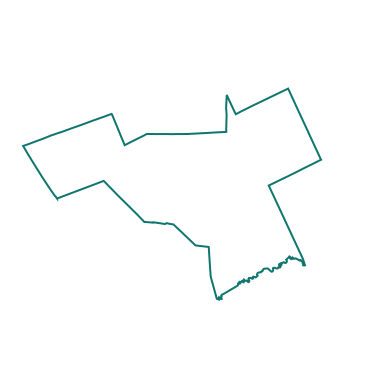 Urzicuta, Dolj, Romania, rotated 64°
{"feature_id": "2599482B75769087144528", "entity_name": "Urzicuta", "entity_type": "district", "adm_level": 2, "iso_a3": "ROU", "parent_name": "Romania", "parent_adm1": "Dolj", "projection": "orthographic", "projection_center": [23.579, 44.001], "detail": "fine", "context": "isolated", "style": "outline", "palette": "teal", "viewbox_px": 384, "rotation_deg": 64, "n_neighbors": 0, "source": "geoboundaries", "source_scale": "gbopen_adm2", "svg_char_len": 5328}
<svg xmlns="http://www.w3.org/2000/svg" viewBox="0 0 384 384"><g transform="rotate(64 192 192)"><path d="M135.5,316.9L136.0,316.6L138.9,316.1L138.7,316.0L141.0,291.4L141.6,285.2L143.3,266.5L163.5,259.8L188.0,251.2L197.3,248.2L198.1,248.0L198.4,247.2L202.5,240.4L202.2,240.1L209.0,230.2L208.9,228.4L211.1,225.7L213.0,222.9L241.1,212.4L241.5,212.3L244.0,208.5L248.7,201.1L248.9,201.1L259.8,205.6L267.1,208.6L276.3,212.3L298.8,216.5L298.9,216.3L299.0,216.2L299.3,216.0L299.5,215.9L300.2,215.3L300.3,215.0L300.4,214.9L300.2,214.8L300.1,214.7L299.9,214.7L299.6,214.9L299.3,215.0L299.2,215.0L298.7,214.0L298.5,213.9L298.7,213.6L299.0,213.6L299.6,213.6L299.8,213.6L300.5,213.3L300.6,213.2L300.9,212.8L301.1,212.2L300.8,212.1L300.7,212.1L300.0,212.7L299.8,212.4L299.4,211.8L299.2,211.6L298.9,211.1L298.6,211.1L298.4,211.1L298.1,211.3L297.9,211.2L297.7,210.7L297.5,210.1L297.4,210.0L297.4,209.9L297.4,209.6L297.5,209.5L297.5,209.3L297.5,208.9L296.4,195.2L296.3,194.1L296.2,192.0L295.5,191.2L294.7,191.0L294.4,190.8L294.4,190.6L294.4,190.3L294.4,190.0L294.9,189.6L295.3,189.3L295.2,188.8L294.6,188.9L294.2,189.1L293.8,189.0L293.6,188.8L293.5,188.7L294.0,188.1L294.3,187.9L294.5,187.8L294.4,187.3L294.3,186.9L294.0,186.6L293.9,186.5L293.9,186.2L294.0,186.0L294.7,185.8L295.1,185.7L295.7,185.4L295.8,185.3L295.6,185.1L295.5,184.8L295.4,184.6L295.2,184.5L294.9,184.5L294.3,184.5L293.9,184.5L293.6,184.3L293.3,184.0L293.2,183.8L293.3,183.7L293.9,183.6L294.7,183.4L295.1,183.2L295.3,182.5L295.5,181.7L296.2,181.5L296.4,181.5L296.7,181.3L297.4,181.1L297.7,181.0L297.8,180.8L297.8,180.4L297.6,180.0L297.3,179.6L297.1,179.5L296.9,179.4L296.4,179.4L296.2,179.4L295.9,179.5L295.7,179.6L295.3,179.3L295.0,179.3L294.6,179.1L294.3,178.8L294.2,178.6L294.4,178.3L294.7,178.0L294.8,177.7L294.7,177.3L294.7,177.2L295.0,176.8L295.4,176.4L295.7,176.2L296.0,176.2L296.4,175.9L296.5,175.6L296.4,175.3L296.3,175.2L296.4,174.9L295.8,174.7L295.1,174.5L295.0,174.1L295.0,173.9L295.9,172.9L296.6,172.3L296.7,171.8L296.4,171.1L296.3,170.7L296.1,169.9L296.0,169.7L295.9,169.6L295.1,169.7L294.8,169.8L294.5,169.7L294.1,169.2L293.5,168.3L293.5,167.7L293.6,167.3L293.8,167.0L293.9,166.5L294.1,165.8L294.3,165.5L294.0,165.1L293.9,164.7L294.0,164.4L293.9,164.1L293.8,163.9L293.9,163.5L294.0,163.4L293.8,163.2L293.7,163.1L293.4,163.1L293.2,162.4L292.6,161.6L292.6,160.8L292.9,159.9L293.4,158.7L293.6,158.0L294.2,157.2L295.4,156.8L297.2,156.1L298.3,155.5L298.6,155.3L298.7,154.8L298.6,154.2L298.3,153.9L297.9,153.4L297.3,153.0L296.7,152.8L296.3,152.8L296.1,152.6L295.8,152.1L295.9,151.9L296.6,150.6L297.3,150.1L297.9,149.4L298.2,148.5L298.1,148.2L297.9,148.0L297.7,147.8L297.6,147.4L297.7,147.0L297.9,146.7L298.1,146.5L298.3,146.3L298.4,146.1L298.4,145.8L298.3,145.6L298.0,145.4L297.7,145.5L297.4,145.7L297.1,145.9L296.7,145.9L296.3,145.9L295.7,145.7L295.4,145.6L295.2,145.4L295.0,144.9L295.0,144.6L295.4,144.6L295.6,144.6L295.9,144.9L296.1,145.3L296.4,145.0L296.5,144.9L296.6,144.6L296.7,144.3L296.8,144.1L297.0,143.9L296.9,143.7L296.7,143.7L296.6,143.8L296.3,143.9L296.1,144.0L295.9,143.8L295.6,143.7L295.3,143.6L295.0,143.3L295.0,143.1L295.0,142.9L295.2,142.7L295.5,142.5L295.7,142.4L295.7,142.2L295.5,141.9L295.3,141.1L295.2,140.8L295.2,140.6L295.3,140.4L295.5,140.1L296.1,139.8L296.6,139.4L296.9,139.0L296.8,138.6L296.5,137.8L296.4,137.5L296.3,137.4L296.0,137.1L295.6,137.0L295.3,137.0L295.1,136.9L294.8,137.0L294.5,137.0L294.1,137.0L294.1,136.7L293.9,136.0L293.4,134.7L293.2,134.0L293.1,133.5L292.8,133.2L292.7,133.1L292.6,132.9L292.6,132.6L292.8,132.5L293.2,132.4L293.5,132.4L293.8,132.7L294.1,132.8L294.4,132.9L294.9,132.8L295.2,132.6L295.8,132.3L296.0,131.9L296.0,131.6L295.5,131.5L295.1,131.3L294.8,130.9L294.7,130.7L294.8,130.3L295.3,130.2L296.0,130.1L296.5,130.0L296.7,129.7L296.7,129.4L297.0,128.9L297.0,128.7L296.9,128.4L296.9,128.2L297.2,127.8L297.8,127.4L298.8,126.7L299.0,126.5L299.9,125.8L300.6,125.6L300.6,124.7L300.6,124.3L301.0,124.0L301.4,124.1L301.5,124.2L302.0,124.1L302.8,123.5L303.2,123.0L303.5,123.0L303.8,123.1L304.1,123.5L304.3,123.7L304.6,123.8L305.1,123.6L305.6,123.5L305.8,123.6L306.0,123.9L306.2,124.2L306.3,124.3L306.6,124.3L306.9,123.9L307.2,123.4L307.2,123.1L307.4,122.6L305.4,122.3L302.6,121.9L301.1,121.7L300.4,121.6L298.4,121.6L294.9,121.5L292.2,121.5L286.8,121.4L275.3,121.2L255.2,120.8L219.8,120.2L219.9,101.6L219.8,86.2L219.7,82.0L219.6,64.8L219.6,62.0L219.6,61.8L217.5,61.9L215.6,61.8L210.1,61.7L199.1,61.5L193.5,61.4L187.6,61.2L185.9,61.2L180.4,61.1L165.2,60.8L143.1,60.3L141.2,60.3L141.1,80.4L141.1,89.3L141.0,97.7L141.1,113.0L141.3,118.5L139.3,118.6L135.1,118.5L133.4,118.5L127.4,118.4L120.7,118.3L120.7,118.6L131.4,124.5L138.1,127.2L150.5,133.7L152.8,134.7L153.0,134.8L151.6,138.2L150.4,140.9L145.7,152.2L141.6,161.9L137.8,170.8L135.1,176.5L132.7,181.5L131.4,184.2L120.9,205.5L120.1,207.3L120.0,207.5L120.2,210.8L120.2,212.4L120.2,213.8L120.2,216.8L120.3,225.7L120.4,230.8L120.4,232.0L119.6,231.9L109.4,231.3L95.3,230.4L87.1,229.9L86.6,230.0L86.5,231.0L86.4,231.2L86.2,233.3L85.9,236.6L85.2,242.9L85.0,244.8L84.4,249.6L84.0,253.9L83.1,262.4L82.8,265.4L82.2,270.2L81.9,273.0L81.1,281.1L80.2,287.6L79.8,291.1L79.4,294.1L78.8,302.9L78.5,305.4L77.7,313.5L77.4,317.2L76.6,323.6L85.4,322.9L92.8,322.2L100.7,321.4L105.5,320.9L112.9,320.1L125.3,318.5L131.4,317.6L135.5,316.9Z" fill="none" stroke="#0f766e" stroke-width="2"/></g></svg>